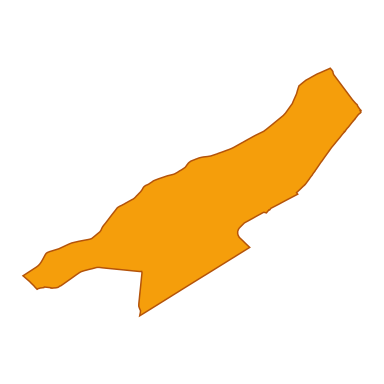 Aalsmeer, Noord-Holland, Netherlands
{"feature_id": "6326949B69762252447495", "entity_name": "Aalsmeer", "entity_type": "district", "adm_level": 2, "iso_a3": "NLD", "parent_name": "Netherlands", "parent_adm1": "Noord-Holland", "projection": "equal_earth", "projection_center": [4.754, 52.261], "detail": "fine", "context": "isolated", "style": "filled", "palette": "amber", "viewbox_px": 384, "rotation_deg": 0, "n_neighbors": 0, "source": "geoboundaries", "source_scale": "gbopen_adm2", "svg_char_len": 5606}
<svg xmlns="http://www.w3.org/2000/svg" viewBox="0 0 384 384"><path d="M140.7,315.2L141.0,315.0L143.3,313.6L153.9,307.0L183.5,288.5L204.1,275.7L204.4,275.5L204.5,275.5L249.7,247.4L247.6,245.4L245.3,243.2L243.1,241.0L239.2,237.3L238.9,236.6L238.6,236.1L238.2,235.4L237.9,234.5L237.8,234.1L237.7,233.5L237.7,233.0L237.7,232.4L237.7,232.0L237.7,231.5L237.8,231.0L238.1,230.3L238.3,229.7L238.7,229.0L239.1,228.3L240.0,227.3L244.4,222.9L253.5,217.9L254.7,217.2L256.3,216.3L259.4,214.6L259.8,214.4L262.7,212.8L263.5,212.4L263.8,212.3L264.1,212.3L266.4,212.9L269.0,209.8L269.6,210.0L270.9,208.3L279.0,204.1L281.0,203.0L285.1,200.8L297.7,194.2L296.5,192.6L297.3,191.9L297.7,191.6L298.1,191.2L298.3,191.0L298.8,190.5L299.0,190.3L299.3,190.1L300.2,189.2L300.5,188.9L300.7,188.7L300.9,188.5L301.3,188.2L301.5,187.9L301.7,187.7L302.7,186.8L302.7,186.7L302.9,186.5L303.0,186.4L303.7,185.9L304.6,185.1L304.8,184.9L304.7,184.8L305.6,184.0L305.9,183.5L306.6,182.7L306.7,182.4L306.8,182.3L307.5,181.4L307.7,181.1L307.8,181.0L308.0,180.8L308.1,180.5L308.2,180.4L308.5,180.0L308.6,179.8L308.8,179.7L310.2,177.6L311.1,176.4L312.1,175.2L312.5,174.6L312.9,173.8L313.1,173.5L314.3,172.0L314.4,171.8L314.6,171.6L314.8,171.3L315.2,170.8L315.2,170.7L315.4,170.3L316.3,169.1L316.5,168.8L319.1,165.0L320.5,162.9L321.3,161.8L321.4,161.6L321.6,161.5L324.9,156.8L328.8,151.4L329.2,150.9L329.8,150.0L329.7,150.0L330.3,149.2L330.6,148.8L331.8,147.2L333.5,145.2L333.7,144.9L334.2,144.4L334.3,144.2L335.1,143.3L335.1,143.2L335.3,142.9L335.5,142.8L335.6,142.6L339.1,138.4L339.8,137.6L342.2,134.5L342.4,134.2L342.5,134.1L342.8,133.8L344.3,132.1L344.3,131.9L344.5,132.0L345.5,130.8L345.4,130.6L345.6,130.4L347.3,128.2L348.4,127.1L349.1,126.2L351.2,123.5L351.3,123.4L351.7,122.9L351.8,122.7L353.3,121.0L353.2,120.9L353.4,120.7L353.7,120.5L354.7,119.2L354.8,119.3L355.4,118.5L355.5,118.2L357.9,115.1L359.4,113.6L359.9,113.3L360.3,113.0L360.8,112.4L361.0,112.0L360.8,111.6L360.1,110.7L360.9,110.3L360.2,109.6L359.8,109.2L358.9,107.9L358.0,106.6L357.6,106.0L357.5,105.8L357.4,105.1L357.2,104.8L357.0,104.6L356.8,104.3L356.7,104.2L356.3,104.0L355.9,103.6L355.6,103.3L354.7,102.3L352.5,99.8L336.5,78.4L333.8,74.8L333.6,74.6L333.5,74.2L333.0,72.6L332.8,71.5L332.8,71.4L332.5,71.0L332.2,70.5L331.8,70.0L331.4,69.5L330.2,68.2L329.7,68.5L329.2,68.7L328.8,68.9L327.2,69.6L324.9,70.6L319.5,73.0L317.8,73.7L317.1,74.0L316.7,74.2L314.9,75.2L313.1,76.2L311.3,77.2L309.6,78.2L305.9,80.2L303.4,82.2L299.1,85.7L298.9,86.0L297.5,90.3L296.6,93.6L296.4,94.1L296.3,94.4L296.1,94.8L293.1,101.6L292.4,103.4L292.2,103.8L292.0,104.0L286.2,112.1L285.5,113.1L283.9,114.8L283.5,115.3L282.8,115.9L276.8,120.8L270.7,125.8L265.6,129.9L264.7,130.5L264.3,130.9L263.8,131.2L263.1,131.6L262.5,131.9L258.8,133.7L255.7,135.2L252.9,136.7L249.7,138.5L248.0,139.4L235.5,146.4L234.1,147.2L231.7,148.4L229.3,149.4L226.2,150.5L222.5,151.9L217.9,153.5L217.6,153.7L212.2,155.5L211.1,155.9L209.5,156.2L208.8,156.3L207.7,156.5L203.1,157.0L202.7,157.1L201.1,157.4L198.8,158.0L196.8,158.8L196.2,159.0L195.4,159.3L195.0,159.5L192.9,160.3L191.7,160.8L191.4,160.9L191.2,161.0L190.9,161.1L190.4,161.4L190.1,161.7L189.7,162.0L189.0,162.5L188.7,162.8L188.1,163.4L187.4,164.4L187.1,164.7L187.0,164.8L186.9,165.0L186.7,165.3L186.5,165.6L185.3,167.2L185.0,167.5L184.1,168.1L182.2,169.4L181.4,169.9L180.7,170.3L179.6,170.9L179.3,171.1L177.8,172.1L176.8,172.7L175.5,173.4L174.8,173.8L174.3,174.0L173.5,174.3L170.3,175.1L167.4,175.8L163.3,177.2L158.3,178.9L156.5,179.6L155.7,179.9L154.0,180.6L153.2,181.0L152.4,181.6L151.3,182.4L150.6,182.8L149.6,183.5L148.7,184.1L147.9,184.5L147.5,184.7L147.0,184.9L146.0,185.3L145.5,185.6L145.0,185.9L144.5,186.3L143.8,186.9L143.1,187.9L142.9,188.2L142.3,189.4L141.1,191.1L140.8,191.5L140.2,192.2L139.5,192.9L138.5,193.9L137.3,195.2L136.9,195.5L135.1,197.5L134.5,198.0L134.2,198.3L133.5,198.8L133.1,199.1L132.2,199.5L129.9,200.8L129.5,201.0L128.4,201.6L126.5,202.7L125.5,203.2L125.5,203.3L123.3,204.5L122.8,204.7L122.0,205.2L120.0,206.1L119.4,206.4L118.5,207.0L117.5,207.6L116.9,208.3L115.4,210.3L111.7,215.0L105.7,222.9L103.7,225.3L102.6,226.8L102.5,227.1L102.0,227.9L101.8,228.4L101.1,229.9L101.0,230.3L100.8,230.5L100.4,231.1L100.0,231.6L99.8,231.9L99.3,232.3L97.7,233.6L93.5,237.1L92.5,237.9L92.3,238.1L92.0,238.3L91.5,238.6L91.2,238.7L90.2,239.1L89.3,239.3L88.8,239.4L88.4,239.5L84.6,240.2L78.3,241.4L76.7,241.8L75.3,242.1L72.4,242.8L71.6,243.0L70.4,243.5L68.9,244.1L67.8,244.6L63.1,246.8L58.8,248.8L51.0,251.2L49.9,251.5L48.9,251.9L48.2,252.2L47.6,252.4L47.2,252.7L46.6,253.0L46.2,253.4L46.0,253.6L45.6,254.2L45.2,254.8L42.4,260.0L41.1,262.2L40.6,262.9L39.8,264.0L39.5,264.3L38.5,265.4L37.8,266.0L36.5,267.0L23.0,275.8L29.7,281.6L30.9,282.9L33.8,285.7L34.7,286.8L37.1,289.3L37.5,289.1L37.9,288.7L39.8,288.2L40.3,288.0L43.9,287.6L44.3,287.0L50.7,287.7L50.7,288.0L51.1,288.1L52.8,288.1L54.1,287.9L54.6,287.9L55.0,287.9L56.0,287.8L57.5,287.5L57.9,287.4L58.3,287.2L58.8,286.9L59.7,286.1L59.9,286.0L60.2,286.0L60.4,286.0L60.5,286.0L62.4,284.7L67.9,280.8L70.6,278.9L75.2,275.6L75.9,275.1L77.0,274.3L77.5,274.0L78.6,273.2L79.7,272.5L80.2,272.2L80.7,271.9L81.7,271.5L84.5,270.6L86.5,270.1L89.1,269.4L92.2,268.7L95.1,267.9L95.8,267.7L96.6,267.5L97.4,267.4L97.8,267.4L98.2,267.4L99.2,267.4L102.4,267.8L108.2,268.4L116.3,269.2L120.6,269.6L134.4,271.0L139.6,271.5L140.8,271.5L141.2,271.5L141.4,271.4L141.6,271.4L141.6,271.8L141.9,272.2L142.0,272.6L140.6,286.4L139.7,295.0L139.3,299.2L138.9,303.0L138.8,304.7L138.8,306.2L139.0,306.9L139.6,308.6L140.5,310.6L140.5,310.9L140.5,311.2L140.4,312.3L139.7,315.8L140.7,315.2Z" fill="#f59e0b" stroke="#b45309" stroke-width="1.5"/></svg>